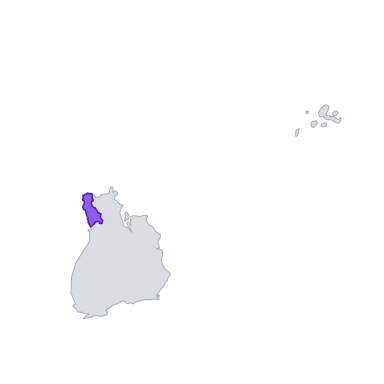 Zamora Chinchipe on a map of Ecuador (Albers equal-area conic projection), rotated 142°
{"feature_id": "ECU-1269", "entity_name": "Zamora Chinchipe", "entity_type": "Province", "adm_level": 1, "iso_a3": "ECU", "parent_name": "Ecuador", "parent_adm1": "", "projection": "albers", "projection_center": [-78.963, -4.167], "detail": "fine", "context": "in_parent", "style": "filled", "palette": "violet", "viewbox_px": 384, "rotation_deg": 142, "n_neighbors": 0, "source": "natural_earth", "source_scale": "10m", "svg_char_len": 6302}
<svg xmlns="http://www.w3.org/2000/svg" viewBox="0 0 384 384"><g transform="rotate(142 192 192)"><path d="M355.4,158.8L354.3,159.5L351.6,159.8L349.4,159.1L348.6,159.1L348.5,159.8L351.3,161.6L352.6,164.8L354.6,166.7L355.8,167.7L355.9,168.4L355.5,169.7L355.4,170.7L356.1,175.6L355.6,175.9L354.1,175.9L352.9,175.1L349.6,187.1L339.2,199.1L327.4,207.6L313.8,212.5L303.8,216.0L302.3,217.3L297.4,223.3L297.1,223.9L297.8,224.9L297.9,225.6L297.1,226.0L296.5,226.1L296.2,225.7L296.0,225.0L295.4,224.3L294.6,224.1L294.1,224.2L294.1,224.9L293.1,228.2L293.0,229.8L292.6,230.4L292.6,231.8L291.6,233.1L290.9,235.3L290.0,236.0L289.0,239.4L287.5,242.8L287.4,243.9L287.8,244.8L288.0,245.4L287.3,247.5L283.8,249.5L282.9,250.5L282.6,251.7L282.8,252.6L282.7,253.4L281.6,253.7L280.4,255.6L279.6,256.0L277.4,255.4L275.8,255.4L274.5,254.8L272.0,251.6L271.1,249.7L270.8,247.0L268.4,245.4L265.2,245.8L264.3,245.2L261.9,244.1L259.9,242.8L258.4,242.2L257.3,242.5L255.4,244.6L253.6,245.5L252.7,245.5L251.7,244.9L251.5,244.2L254.2,240.5L252.2,240.4L251.5,239.6L251.4,238.7L251.0,237.7L251.4,236.5L252.5,235.9L254.1,236.4L255.1,236.4L255.9,235.3L257.3,234.4L257.6,233.8L256.8,232.0L256.6,231.1L256.8,230.5L256.8,228.6L256.3,227.8L256.3,226.7L255.9,226.2L255.7,224.8L254.7,224.1L258.0,222.8L259.2,221.8L260.6,220.9L261.9,219.5L262.7,218.1L264.7,211.9L266.5,207.9L266.2,206.0L264.7,203.5L264.3,199.7L264.5,198.6L264.3,197.7L263.3,199.3L263.5,204.8L262.6,207.3L261.4,207.9L260.5,207.5L261.0,203.4L260.1,204.2L258.6,206.9L256.2,209.0L256.1,209.6L255.5,210.5L253.6,209.7L252.2,208.9L247.5,204.3L244.4,203.4L242.5,201.8L242.1,201.1L241.9,200.2L243.8,199.2L245.8,197.9L245.9,195.1L245.9,192.9L244.4,189.1L245.1,184.1L244.7,182.2L243.1,178.0L244.3,176.0L248.6,174.4L250.0,173.4L251.0,170.1L252.0,168.2L253.9,169.0L255.4,168.9L253.4,168.1L251.7,165.2L251.4,163.9L254.6,159.8L256.3,158.8L258.4,156.6L260.1,153.4L260.6,148.3L259.8,144.7L259.3,140.9L260.3,139.9L263.0,139.4L265.1,138.1L266.2,137.0L268.8,137.2L271.8,135.4L276.5,134.5L283.1,132.5L284.6,130.7L283.9,127.5L286.4,129.5L287.5,131.0L290.9,132.6L294.9,135.7L297.5,137.2L300.4,138.6L304.5,140.1L307.1,139.8L308.2,142.1L309.1,142.8L311.5,143.6L311.8,143.9L312.7,148.1L313.2,148.7L315.3,149.4L317.8,149.6L318.8,149.5L321.1,150.6L324.5,151.6L325.8,151.7L326.3,151.6L326.6,151.1L327.6,151.2L329.1,151.8L331.2,151.9L332.6,151.4L332.9,149.0L333.4,148.5L334.9,147.7L335.7,147.8L339.8,149.7L340.6,150.4L341.6,151.7L343.5,153.6L345.6,154.8L348.8,155.4L351.9,157.4L355.4,158.8ZM35.5,157.9L36.7,159.2L37.5,162.8L41.6,166.6L42.1,168.8L41.7,169.8L41.9,170.2L43.9,171.7L45.2,173.2L43.1,177.0L38.6,178.7L33.8,178.7L32.9,178.3L31.6,176.9L31.3,175.6L32.0,174.4L34.5,172.5L38.2,170.8L38.7,169.5L37.1,168.3L36.1,165.8L33.6,164.2L32.4,158.9L31.6,158.7L29.9,159.4L29.1,158.8L29.0,158.5L30.7,157.2L31.1,156.4L33.7,155.9L34.8,156.6L35.5,157.9ZM54.5,173.5L53.4,173.5L50.3,171.7L50.5,169.8L51.7,168.5L55.7,167.8L57.4,168.9L57.3,171.2L55.9,172.9L54.9,173.2L54.5,173.5ZM258.5,215.8L258.1,216.6L256.3,216.5L255.7,216.2L256.2,212.6L256.7,211.4L258.2,210.3L259.5,209.7L261.2,209.8L263.0,210.8L260.9,212.7L259.3,213.2L258.5,215.8ZM32.6,167.6L30.6,168.0L28.9,167.4L28.1,166.3L27.9,164.7L28.1,164.2L31.8,163.6L33.0,164.9L33.1,166.8L32.6,167.6ZM72.8,176.0L70.5,176.9L69.1,176.1L69.0,175.6L70.3,174.4L71.6,173.7L72.7,172.3L74.8,171.4L75.4,171.6L75.8,171.9L76.0,172.3L75.3,173.5L74.0,174.3L72.8,176.0ZM49.6,164.9L48.6,165.5L44.9,164.8L43.7,163.7L44.6,162.1L45.4,161.5L47.6,162.0L50.0,163.7L49.6,164.9ZM52.9,184.9L52.0,184.9L50.9,184.1L51.8,182.5L53.3,183.3L53.7,183.9L52.9,184.9ZM282.9,131.6L281.8,131.7L281.3,130.8L282.6,129.7L283.1,129.4L282.9,131.6Z" fill="#d9dde1" stroke="#a8b0b8" stroke-width="1"/><path d="M293.5,226.9L293.5,227.0L293.1,227.8L293.0,228.2L292.9,228.6L293.0,229.3L293.0,229.7L293.0,229.9L292.9,230.0L292.6,230.0L292.5,230.4L292.8,231.7L292.6,232.1L292.2,232.6L291.8,232.8L291.6,232.9L291.4,233.3L291.3,233.6L291.1,235.1L291.1,235.3L290.7,235.5L290.2,235.6L289.8,235.9L289.7,236.2L289.7,237.4L289.5,238.3L288.3,240.8L288.1,241.7L287.9,242.1L287.6,242.4L287.4,242.8L287.4,243.5L287.6,244.3L287.8,244.7L288.3,245.0L288.3,245.3L287.9,245.7L287.7,246.1L287.6,246.5L287.6,246.9L287.6,247.3L287.4,247.6L286.9,247.9L286.7,248.1L284.8,248.8L284.0,249.3L283.1,250.1L282.7,250.6L282.5,251.2L282.5,251.7L283.0,252.6L283.1,253.1L282.9,253.5L282.4,253.6L281.9,253.6L281.5,253.7L281.3,254.0L281.0,255.0L280.9,255.4L280.4,256.0L279.8,256.5L279.5,256.1L279.2,255.9L278.8,255.8L278.5,255.9L278.3,255.9L277.9,255.8L277.3,255.6L276.9,255.5L276.4,255.5L275.5,255.6L275.1,255.5L274.8,255.1L274.6,254.7L274.3,254.3L274.1,254.2L273.7,254.1L273.6,253.9L273.3,253.4L273.2,253.2L272.9,252.9L272.5,252.7L272.1,252.4L272.0,252.0L271.9,251.7L272.1,251.6L273.0,250.6L273.6,249.6L273.9,249.3L274.5,248.4L274.6,248.2L274.7,247.9L274.7,247.7L274.7,247.3L274.6,247.1L274.8,246.5L275.1,246.3L275.2,246.1L275.3,245.9L275.6,245.8L275.8,245.8L276.0,245.9L276.3,245.9L276.4,246.0L276.7,246.2L276.8,246.3L277.0,246.3L277.1,246.2L277.3,245.9L277.5,245.9L277.9,245.8L278.0,245.6L278.1,245.3L278.4,244.9L278.7,244.7L278.8,244.6L278.8,244.4L278.9,243.8L279.0,243.4L279.0,242.9L278.9,242.6L279.1,241.5L279.0,241.0L279.1,240.7L279.0,240.4L279.0,240.2L278.8,239.8L278.7,239.7L278.3,239.5L278.2,239.4L278.1,239.2L278.0,238.7L278.1,238.3L278.4,237.2L278.4,236.9L278.3,236.3L278.3,235.8L278.3,235.2L278.4,234.8L278.6,234.3L278.7,234.1L278.7,233.9L278.7,233.6L278.6,233.4L278.4,233.0L278.0,232.5L277.8,232.2L277.5,231.6L277.3,231.2L277.2,230.9L277.3,230.8L277.3,230.7L277.5,230.6L277.8,230.6L278.0,230.5L278.1,230.4L278.2,230.2L278.1,229.9L278.5,229.6L279.1,229.0L279.4,228.9L279.5,228.9L279.8,228.7L280.1,227.3L280.0,226.6L280.0,226.4L280.0,226.2L280.2,225.8L280.2,225.6L280.0,225.4L279.9,225.1L279.9,224.9L279.9,224.7L280.0,224.5L280.2,224.3L280.4,224.0L280.8,223.7L281.9,223.1L282.3,222.7L284.0,223.9L284.1,224.1L284.2,224.3L284.1,224.5L283.8,224.8L283.7,224.9L283.6,225.0L283.6,225.3L283.7,225.6L283.7,225.9L283.8,226.1L283.9,226.4L284.0,226.5L284.3,226.9L284.3,227.0L284.6,227.2L285.2,227.3L286.0,227.5L286.7,227.6L286.9,227.7L287.2,227.9L287.4,227.9L287.5,227.8L287.6,227.7L287.8,227.3L287.9,227.2L288.0,227.1L288.4,227.0L289.2,227.1L289.6,227.1L291.0,226.9L293.5,226.9L293.5,226.9Z" fill="#8b5cf6" stroke="#5b21b6" stroke-width="1.5"/></g></svg>